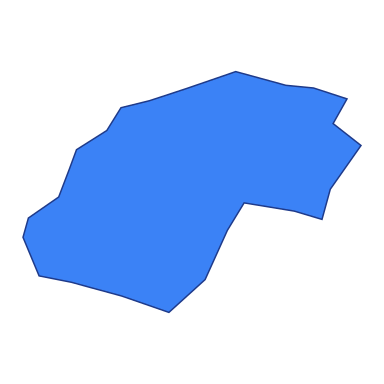 outline of Agios Vasileios, Cyprus
{"feature_id": "46923920B32976107487407", "entity_name": "Agios Vasileios", "entity_type": "district", "adm_level": 2, "iso_a3": "CYP", "parent_name": "Cyprus", "parent_adm1": "", "projection": "robinson", "projection_center": [33.19, 35.212], "detail": "fine", "context": "isolated", "style": "filled", "palette": "blue", "viewbox_px": 384, "rotation_deg": 0, "n_neighbors": 0, "source": "geoboundaries", "source_scale": "gbopen_adm2", "svg_char_len": 442}
<svg xmlns="http://www.w3.org/2000/svg" viewBox="0 0 384 384"><path d="M39.1,275.9L71.5,282.3L90.0,287.4L121.6,296.0L168.9,312.4L205.1,279.6L227.4,230.3L244.1,202.9L294.2,211.1L322.0,219.4L330.3,189.2L361.0,145.5L333.1,123.6L347.0,98.9L313.6,88.0L285.8,85.3L235.7,71.6L186.9,88.4L149.5,100.7L121.0,107.7L106.8,130.5L76.5,149.7L69.4,169.0L58.7,197.0L28.4,218.0L23.0,237.3L39.1,275.9Z" fill="#3b82f6" stroke="#1e3a8a" stroke-width="1.5"/></svg>